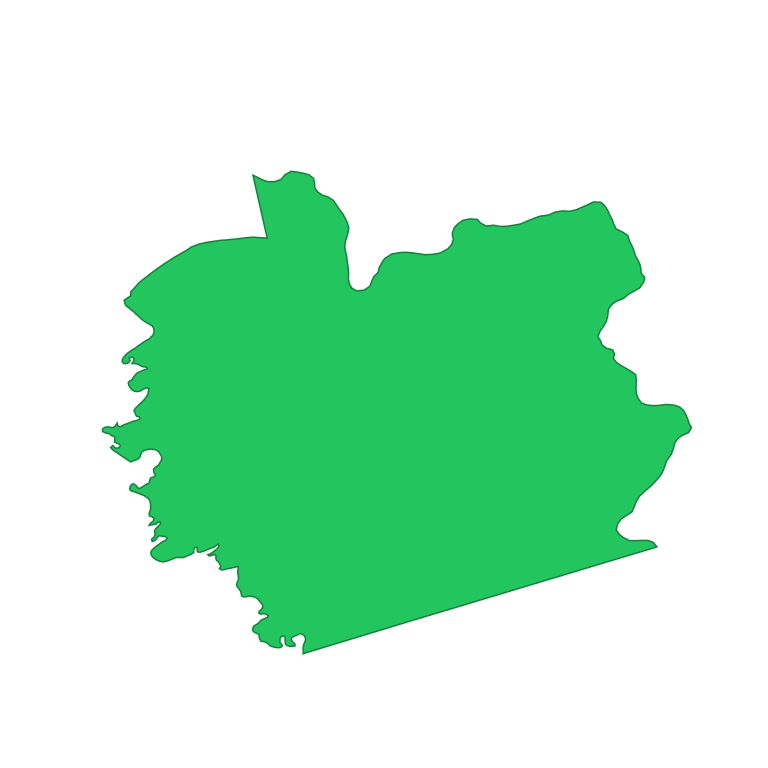 Amaturá, Amazonas, Brazil, rotated 254°
{"feature_id": "56859067B85663685806708", "entity_name": "Amaturá", "entity_type": "district", "adm_level": 2, "iso_a3": "BRA", "parent_name": "Brazil", "parent_adm1": "Amazonas", "projection": "equal_earth", "projection_center": [-68.265, -3.42], "detail": "fine", "context": "isolated", "style": "filled", "palette": "green", "viewbox_px": 768, "rotation_deg": 254, "n_neighbors": 0, "source": "geoboundaries", "source_scale": "gbopen_adm2", "svg_char_len": 6171}
<svg xmlns="http://www.w3.org/2000/svg" viewBox="0 0 768 768"><g transform="rotate(254 384 384)"><path d="M620.9,315.6L556.4,311.9L559.0,304.8L561.1,299.0L562.4,292.9L564.4,280.2L565.4,275.5L565.8,272.6L567.3,265.8L569.0,252.9L569.5,244.6L568.8,236.7L566.9,230.8L563.6,217.3L561.6,210.8L559.9,205.1L555.7,193.3L551.4,182.4L549.0,176.6L545.3,170.9L542.5,166.0L538.6,164.9L536.2,157.3L532.6,157.2L530.0,157.7L527.8,159.6L524.5,161.7L522.1,163.5L519.6,164.8L517.2,166.5L513.2,168.7L511.2,170.3L509.1,172.1L503.8,177.2L500.6,178.0L496.5,177.0L494.5,175.1L493.5,173.1L491.9,170.4L491.3,167.0L489.7,161.9L488.7,158.8L487.7,156.5L487.0,154.4L486.3,151.3L485.4,149.1L484.7,147.0L483.6,144.3L482.1,142.0L480.1,139.6L477.7,138.5L475.5,139.3L474.7,141.7L474.8,144.2L476.5,146.5L479.4,146.2L479.5,149.4L477.3,150.7L475.0,149.7L473.2,147.3L471.8,151.4L470.5,153.4L468.3,155.4L466.9,157.3L465.5,160.5L463.6,160.7L463.8,157.6L463.0,151.7L462.3,148.8L460.8,146.9L459.7,145.1L457.8,143.2L457.0,140.6L456.0,138.6L453.2,138.3L450.8,138.9L448.7,139.7L446.8,141.0L445.3,143.1L444.6,145.3L444.4,148.0L445.2,150.5L445.8,154.3L444.5,156.8L439.4,154.3L437.5,152.4L435.3,149.5L433.3,146.1L431.8,143.2L429.2,138.4L427.4,136.3L422.8,136.8L420.9,137.5L420.1,139.6L418.2,140.0L417.1,137.7L417.3,131.9L416.9,129.0L416.6,125.6L416.5,122.3L415.8,120.0L415.9,117.6L417.5,116.6L420.0,116.8L417.6,114.0L416.7,111.4L417.7,109.1L419.0,106.8L419.3,103.4L418.3,101.0L416.1,100.4L414.4,101.9L413.1,104.0L411.9,106.3L409.5,107.7L408.2,109.7L406.8,110.8L404.7,109.6L402.3,109.1L400.5,111.0L399.2,113.0L397.3,113.5L395.8,111.8L396.2,108.2L397.9,107.4L399.6,106.3L398.3,103.7L395.9,104.8L393.8,106.4L379.0,118.9L379.3,122.3L379.5,126.4L380.9,129.1L383.5,130.7L385.7,133.1L386.3,136.2L386.2,139.4L385.7,142.0L384.6,144.6L383.2,146.9L380.8,148.8L377.7,149.7L375.3,150.2L373.6,149.8L371.8,148.7L368.3,145.0L367.3,142.1L365.8,139.0L362.9,138.4L361.1,138.9L358.9,139.0L358.1,136.2L358.0,133.6L353.3,130.5L353.0,127.8L351.8,123.4L350.9,120.5L352.1,118.5L354.5,117.9L357.4,115.5L356.3,112.5L354.8,111.4L353.2,110.5L351.3,111.1L350.1,112.8L348.8,114.9L343.1,122.3L341.6,123.7L339.7,125.3L337.9,126.3L335.6,126.7L332.5,126.4L328.7,125.5L326.8,124.2L324.6,122.7L321.8,122.1L320.3,124.4L318.0,125.9L315.8,124.3L314.6,121.2L312.8,119.2L312.4,122.8L312.3,126.7L313.5,128.3L313.1,130.8L310.9,130.4L309.2,127.2L307.5,124.3L305.6,122.7L302.8,122.7L300.3,121.1L298.9,117.7L296.4,117.8L296.7,120.8L298.2,123.1L300.2,125.7L297.6,131.8L295.6,133.2L294.0,131.1L293.5,127.9L290.5,119.5L288.6,115.6L287.2,114.0L285.6,113.3L283.8,113.1L281.1,114.0L278.1,116.3L275.4,119.6L273.8,122.7L273.6,125.8L273.7,128.8L274.5,136.3L273.7,139.2L272.6,142.6L272.6,145.2L273.2,149.1L273.7,152.7L274.5,154.7L276.6,155.2L278.9,156.6L278.3,159.6L276.0,158.5L273.9,158.6L273.0,160.7L273.1,165.0L273.9,172.1L274.1,175.7L275.1,178.3L275.8,180.5L273.9,180.9L272.1,179.0L270.6,175.8L269.3,172.4L268.6,170.2L268.5,167.6L266.8,168.6L266.8,171.5L266.7,174.5L264.5,175.1L262.9,174.3L260.7,174.3L259.2,175.5L257.5,176.1L255.7,176.6L253.7,176.9L252.0,174.8L250.2,176.3L249.6,178.5L249.5,183.2L249.2,186.3L248.7,193.8L246.5,192.8L243.6,191.4L240.2,191.1L237.4,190.6L235.8,189.9L234.2,188.4L231.4,186.9L229.4,187.0L227.4,187.9L224.1,189.1L221.6,188.9L219.4,188.8L217.9,190.5L217.4,193.0L217.4,195.8L215.1,200.5L213.8,202.0L212.2,203.4L209.9,204.5L207.4,205.4L205.0,206.4L203.2,206.2L201.3,204.2L199.9,201.4L198.2,200.5L196.8,201.9L196.5,204.8L195.1,207.3L193.3,208.8L191.8,207.5L191.5,204.6L190.7,200.0L188.8,197.7L188.0,195.1L187.3,192.1L185.9,190.9L183.9,190.0L182.2,190.1L180.6,191.4L179.4,193.0L177.6,194.7L175.7,194.4L173.8,194.2L170.8,194.6L169.1,198.0L167.0,200.7L165.4,201.4L163.4,202.6L161.5,205.6L159.9,208.7L159.2,212.1L160.4,214.2L162.4,213.7L164.2,212.7L166.4,213.5L168.2,214.0L169.7,216.1L169.1,218.8L166.6,218.8L163.4,217.9L161.1,217.5L159.0,219.3L157.5,221.7L156.8,226.3L158.7,226.7L161.1,225.1L163.8,224.6L165.5,225.1L166.4,228.7L166.6,231.7L167.2,233.9L166.3,236.3L164.4,237.8L162.3,238.4L160.1,238.2L158.4,237.2L156.2,235.4L153.7,233.9L151.5,233.1L149.0,232.8L147.1,231.8L148.9,346.1L149.4,386.6L150.0,432.2L151.4,541.3L151.5,548.6L152.0,588.3L152.0,592.2L152.2,601.4L157.5,599.2L160.8,594.7L162.5,589.1L164.0,582.8L165.9,576.7L170.4,571.8L174.6,568.7L179.6,567.0L184.8,569.8L188.9,574.8L190.9,581.3L192.6,587.0L196.7,590.4L200.8,593.5L205.4,598.2L208.9,604.7L211.7,611.1L214.3,616.0L217.3,620.9L221.0,626.0L225.0,629.4L232.5,634.7L237.0,640.6L242.2,644.4L247.1,647.2L250.7,651.5L252.6,657.2L253.3,663.3L257.3,667.6L261.8,666.4L266.8,666.3L271.5,665.7L276.0,664.7L280.3,661.9L283.5,657.5L286.5,650.0L287.6,642.9L289.0,636.7L291.4,630.8L294.9,626.2L299.6,624.5L304.4,624.0L308.9,624.6L318.4,627.6L323.6,628.5L328.6,624.6L332.6,620.7L336.7,616.6L340.7,613.4L345.1,611.6L349.3,613.8L353.8,613.2L357.1,607.6L361.5,604.3L365.7,604.2L370.6,602.7L375.6,606.5L378.8,610.9L383.2,615.2L387.9,617.9L393.9,620.3L397.3,624.3L399.4,629.8L400.2,637.7L403.1,644.4L404.5,650.8L406.0,656.5L410.3,661.7L414.5,664.0L419.6,661.7L424.3,662.7L429.0,663.0L438.9,661.0L443.7,660.9L448.3,660.5L453.6,659.4L459.7,659.3L464.6,654.9L469.0,649.9L474.8,648.8L479.4,648.7L484.6,647.5L489.4,646.9L494.3,645.4L498.9,642.6L501.3,635.5L500.1,629.1L498.5,616.6L498.8,610.0L501.1,603.7L502.1,596.3L501.1,588.4L502.3,580.5L502.0,574.5L501.2,567.1L500.2,559.3L500.8,553.2L501.8,545.4L503.3,539.6L506.4,533.1L507.7,525.8L512.2,521.1L516.5,519.1L519.1,511.8L519.6,505.0L517.8,499.6L514.8,494.5L509.7,491.0L503.9,490.5L499.4,487.5L496.3,482.5L494.4,473.9L495.3,466.3L497.0,459.0L502.3,447.4L504.8,440.7L506.0,434.9L506.8,427.2L504.5,419.3L501.4,415.6L497.4,411.6L492.9,409.1L489.9,403.7L485.9,400.3L481.9,397.3L479.7,390.8L481.0,383.5L484.7,379.7L489.4,378.4L494.6,378.7L500.8,380.6L506.0,381.7L511.0,382.3L515.9,383.1L520.8,383.5L526.0,383.9L530.7,385.7L539.2,391.0L543.7,393.2L548.8,393.2L553.3,392.6L558.7,391.4L563.6,389.4L574.4,386.0L579.5,381.5L582.4,376.9L586.8,373.3L591.5,371.5L596.1,372.6L601.1,373.0L606.0,369.3L608.9,364.3L611.7,359.0L614.1,353.3L612.3,346.3L609.0,341.3L608.6,335.0L610.6,327.8L613.7,323.5L620.9,315.6Z" fill="#22c55e" stroke="#15803d" stroke-width="1.5"/></g></svg>